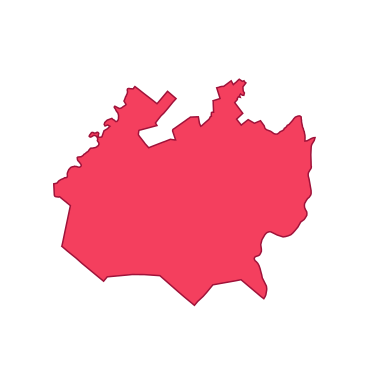 Frontera Hidalgo, Chiapas, Mexico (Mercator projection), rotated 34°
{"feature_id": "50627088B52793228533805", "entity_name": "Frontera Hidalgo", "entity_type": "district", "adm_level": 2, "iso_a3": "MEX", "parent_name": "Mexico", "parent_adm1": "Chiapas", "projection": "mercator", "projection_center": [-92.233, 14.753], "detail": "fine", "context": "isolated", "style": "filled", "palette": "rose", "viewbox_px": 384, "rotation_deg": 34, "n_neighbors": 0, "source": "geoboundaries", "source_scale": "gbopen_adm2", "svg_char_len": 5808}
<svg xmlns="http://www.w3.org/2000/svg" viewBox="0 0 384 384"><g transform="rotate(34 192 192)"><path d="M85.7,136.5L85.5,138.1L85.7,138.6L85.6,139.1L85.4,139.5L84.9,139.8L83.7,140.5L83.2,140.8L82.3,141.2L81.8,141.4L81.2,142.0L80.9,142.5L81.0,142.9L81.2,143.6L81.5,143.8L81.7,144.2L82.4,144.8L82.6,145.2L82.9,145.7L83.0,146.1L83.2,146.6L83.3,147.0L83.4,147.5L83.4,148.0L83.6,148.6L83.6,149.0L83.8,149.7L83.7,150.2L83.8,150.6L84.3,152.2L84.3,152.7L84.4,153.0L84.6,153.3L84.6,153.7L84.7,154.6L85.0,154.8L85.8,155.1L86.1,155.3L86.8,155.6L87.1,155.7L87.4,155.9L87.8,156.0L88.0,156.2L88.3,156.3L88.4,156.7L88.4,156.9L88.2,157.3L88.1,157.7L87.8,158.5L87.4,159.2L87.0,160.3L86.8,161.0L86.5,161.8L86.1,162.3L85.5,163.0L85.1,163.3L84.7,163.5L84.1,163.5L83.6,163.6L81.6,163.8L80.8,163.9L80.1,164.0L79.9,164.3L79.9,164.6L80.1,165.2L80.5,165.5L80.9,165.6L81.9,166.0L82.3,166.1L82.7,166.4L83.6,167.0L83.8,167.0L84.1,167.2L84.5,167.3L85.2,167.6L85.6,167.7L85.9,167.7L86.2,167.9L86.7,168.2L87.1,168.6L87.6,168.9L87.8,169.1L88.0,169.3L88.3,169.7L88.5,169.9L88.7,170.2L89.2,171.0L89.4,171.4L89.6,171.7L89.9,172.1L90.1,172.6L90.4,173.2L90.3,175.5L89.3,176.3L87.5,175.9L85.8,176.1L84.4,175.8L81.5,179.8L80.8,183.1L81.4,185.1L83.0,185.9L84.6,183.6L87.2,183.4L86.5,186.8L84.8,190.4L86.4,196.5L86.4,196.8L85.5,197.7L85.1,198.1L84.0,198.7L83.5,198.7L83.2,198.5L83.0,198.2L82.8,197.7L82.6,197.4L82.6,197.0L82.5,196.8L82.2,196.5L82.0,195.6L81.7,195.4L80.8,195.2L80.3,195.3L79.8,195.6L79.6,196.5L79.1,196.9L78.7,197.2L78.4,197.5L77.8,198.0L77.0,197.9L76.2,198.2L75.7,198.6L75.5,199.1L75.4,199.7L75.4,200.8L75.3,201.9L75.4,202.8L75.7,203.4L76.2,203.4L76.9,203.4L77.4,203.0L77.9,202.2L78.8,200.2L79.5,199.6L80.7,199.3L81.4,199.3L82.6,199.6L83.8,200.4L84.5,201.3L84.6,202.1L85.2,202.6L87.1,203.3L87.6,203.8L88.1,204.3L88.2,204.8L88.4,206.0L88.2,206.6L87.9,206.9L87.8,207.9L87.3,208.8L86.6,209.6L84.8,211.4L84.3,211.8L83.7,212.1L83.3,212.8L83.3,213.7L83.2,214.3L83.1,214.8L83.2,215.7L83.1,216.2L83.1,216.8L82.6,217.6L82.3,218.4L82.2,219.1L81.9,220.1L81.7,220.5L81.4,221.0L81.3,221.7L81.3,222.2L81.2,222.7L81.1,223.1L80.8,223.7L80.6,224.2L80.4,224.7L79.8,225.2L79.5,225.5L79.0,225.9L77.8,226.9L77.6,227.5L77.7,227.9L78.2,228.3L78.5,228.7L79.0,229.3L79.9,229.8L81.1,230.1L82.3,230.4L84.0,231.0L84.8,231.3L85.4,232.0L85.5,233.0L85.2,233.8L84.9,234.4L83.5,235.1L82.1,235.4L81.2,235.9L80.6,236.2L80.1,236.4L79.9,237.0L79.5,237.2L78.6,238.1L78.3,238.6L78.0,239.0L77.8,239.3L77.7,239.9L77.5,240.7L77.6,241.3L77.3,242.0L77.4,242.7L77.7,244.4L77.9,245.1L78.1,246.1L78.7,247.1L79.8,248.4L80.0,249.1L80.1,249.6L80.0,250.1L79.6,250.4L79.2,250.8L79.0,251.1L78.5,251.3L78.2,251.9L78.0,252.5L76.9,254.2L76.6,254.5L76.1,255.6L75.8,256.3L75.5,256.8L75.2,258.2L75.3,259.0L75.1,259.6L75.0,260.3L73.6,261.7L72.8,262.5L79.4,271.3L80.0,271.9L80.3,272.1L81.1,272.2L81.8,272.0L82.8,271.5L83.1,271.3L84.0,271.0L84.5,270.4L84.9,270.0L98.8,271.3L108.2,294.4L112.6,305.1L114.4,309.7L114.4,309.8L122.2,310.7L132.8,311.6L140.9,312.7L160.3,314.6L168.6,315.4L169.2,309.7L185.5,296.4L188.6,293.8L198.7,287.1L212.2,279.3L236.5,282.4L244.3,283.3L257.4,284.6L257.9,279.6L259.6,272.3L260.3,267.1L261.2,257.3L265.6,253.0L277.3,241.7L281.7,237.3L307.8,240.1L311.2,240.3L311.1,237.9L310.7,235.9L308.7,231.4L307.8,230.1L306.3,228.4L299.9,224.8L298.3,223.9L296.1,221.7L293.1,219.1L291.7,217.8L288.8,215.6L286.5,214.4L284.1,213.8L282.8,213.7L281.6,213.1L280.7,212.2L280.5,211.1L280.8,210.0L282.6,207.7L283.0,206.9L283.2,206.3L283.1,204.6L282.7,202.4L281.5,200.6L278.4,197.2L276.7,192.5L276.3,186.7L276.5,185.1L276.8,183.8L278.1,181.9L279.5,181.0L282.9,180.5L286.7,180.0L292.6,178.3L294.4,176.7L296.2,174.6L297.8,172.2L298.5,169.7L298.9,166.9L299.4,161.8L298.9,156.2L300.3,152.2L300.4,150.4L300.2,147.1L299.1,145.3L298.2,144.3L295.8,143.1L294.0,141.9L292.7,140.3L291.8,138.6L291.5,135.2L291.5,132.9L292.1,130.7L292.1,128.1L291.8,127.1L291.4,126.3L289.9,124.2L281.9,115.9L279.5,113.8L278.3,112.2L277.7,110.7L277.5,107.8L277.5,105.9L276.9,104.4L276.0,103.5L273.9,100.5L269.7,94.7L265.8,88.3L265.1,86.9L264.7,85.3L264.5,80.9L263.6,78.1L262.5,78.9L261.7,79.9L260.9,81.1L259.8,83.3L258.7,85.3L257.1,86.6L255.3,83.7L253.9,81.8L252.6,80.6L251.2,79.1L250.1,78.5L248.8,77.2L247.2,76.3L246.7,75.6L244.7,73.7L243.5,72.5L242.6,71.2L241.6,70.2L240.5,68.7L239.2,68.6L238.4,68.9L237.4,69.8L235.8,72.1L235.4,74.5L235.4,76.2L234.7,81.7L233.7,83.5L233.8,84.9L233.6,86.1L232.9,87.7L233.3,88.9L232.7,90.6L231.8,92.0L231.3,92.9L231.0,94.5L230.3,96.3L228.6,97.4L227.2,97.8L225.4,97.7L223.2,97.7L221.1,98.2L219.0,98.7L217.0,98.5L214.7,96.7L208.9,94.6L205.3,100.1L198.1,100.6L195.4,109.0L188.2,106.7L190.1,98.4L177.4,94.0L177.9,90.0L177.3,89.4L177.2,87.1L179.0,86.5L177.5,85.5L177.4,83.6L179.6,83.6L180.9,82.9L180.1,80.6L178.2,79.8L176.8,78.2L175.4,76.3L175.6,73.5L175.7,71.4L173.6,71.2L172.9,70.7L171.8,72.1L168.1,72.1L167.5,74.5L167.3,75.9L166.7,77.7L166.2,79.9L162.3,77.9L159.2,86.7L157.8,87.7L156.5,89.0L155.6,90.3L154.2,91.8L163.0,98.8L162.0,100.1L158.4,104.6L159.2,105.4L159.9,106.5L165.3,113.8L165.0,114.0L164.2,114.5L163.7,115.2L165.0,117.6L165.7,118.2L165.1,119.6L165.3,120.5L165.4,121.6L165.4,122.3L164.1,127.1L163.0,131.6L162.5,132.6L160.1,131.1L159.8,130.9L155.2,126.1L154.6,126.5L148.8,130.8L148.4,132.1L147.7,133.7L146.4,137.3L144.9,141.2L141.9,149.1L141.3,150.5L141.2,150.9L141.7,152.2L149.3,158.0L148.6,158.5L144.6,160.4L144.4,160.7L141.4,165.1L140.0,167.0L138.6,169.0L132.9,177.2L131.4,179.5L125.7,178.1L125.1,177.8L118.7,175.7L117.7,175.4L115.8,174.7L115.1,173.9L113.6,170.8L113.7,170.3L115.1,168.8L117.8,165.7L120.5,162.6L123.8,158.8L125.8,156.5L123.1,155.2L123.3,151.0L123.7,146.1L124.5,142.5L124.9,139.1L125.2,136.2L125.9,128.3L126.6,123.5L115.4,122.2L113.9,136.3L113.6,138.4L105.7,137.8L97.5,137.3L89.7,136.7L85.7,136.5Z" fill="#f43f5e" stroke="#9f1239" stroke-width="1.5"/></g></svg>